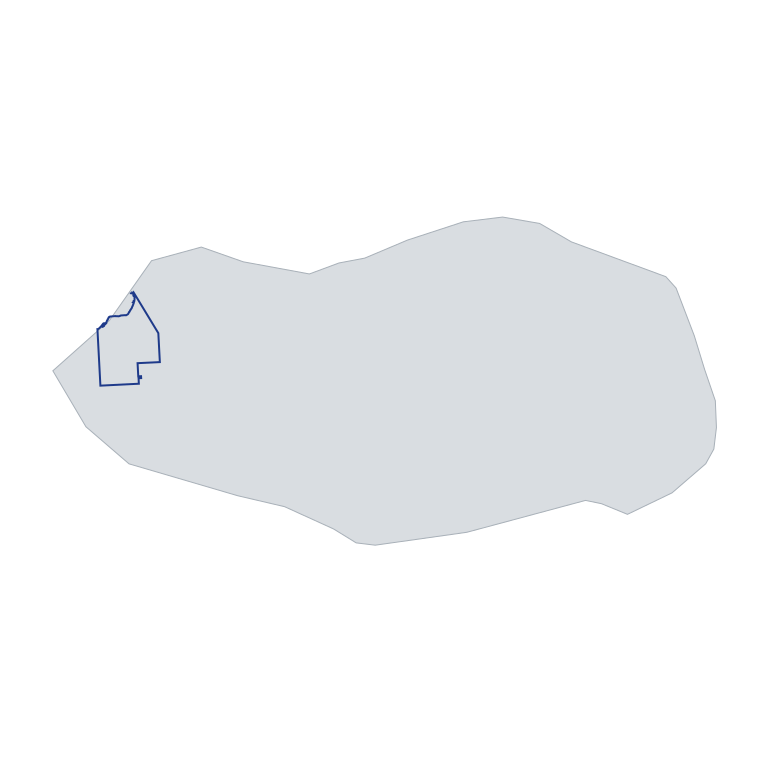 77, Madinat ach Shamal, Qatar shown in context, rotated 267°
{"feature_id": "91078587B75856753740390", "entity_name": "77", "entity_type": "district", "adm_level": 2, "iso_a3": "QAT", "parent_name": "Qatar", "parent_adm1": "Madinat ach Shamal", "projection": "albers", "projection_center": [51.407, 25.968], "detail": "fine", "context": "in_parent", "style": "outline", "palette": "blue", "viewbox_px": 768, "rotation_deg": 267, "n_neighbors": 0, "source": "geoboundaries", "source_scale": "gbopen_adm2", "svg_char_len": 3058}
<svg xmlns="http://www.w3.org/2000/svg" viewBox="0 0 768 768"><g transform="rotate(267 384 384)"><path d="M415.9,696.4L381.9,704.9L349.9,714.0L323.2,713.7L301.8,710.0L287.5,701.1L260.2,665.9L241.1,620.3L253.1,594.9L257.2,579.1L231.6,459.0L223.5,366.8L226.8,347.9L241.8,326.2L266.7,278.3L280.1,232.0L317.6,125.2L356.9,84.1L414.5,54.0L461.8,113.1L519.3,158.3L530.3,208.7L513.4,249.8L497.8,315.2L507.2,345.3L510.7,371.3L526.5,415.0L541.8,471.7L544.5,511.2L536.2,547.8L516.1,578.6L476.4,671.1L464.5,680.7L415.9,696.4Z" fill="#d9dde1" stroke="#a8b0b8" stroke-width="1"/><path d="M446.3,161.3L446.6,161.3L481.8,142.4L488.4,138.8L488.2,138.7L487.9,138.5L487.6,138.6L487.6,138.9L487.4,138.9L487.3,139.0L487.0,139.0L486.6,139.1L486.5,138.9L488.2,137.8L488.3,137.8L488.4,137.6L488.2,137.6L487.7,136.0L487.7,135.9L487.0,135.8L487.7,136.0L488.1,137.5L487.9,137.9L487.2,138.3L486.4,138.7L486.0,138.7L486.3,138.7L486.4,138.9L486.3,139.0L486.1,139.2L485.8,139.2L485.4,139.3L485.1,139.2L484.9,139.2L485.0,138.8L485.0,138.7L485.9,138.4L486.0,138.3L485.9,138.3L485.7,138.4L485.4,138.4L485.2,138.4L485.1,138.5L484.7,139.3L483.2,139.4L481.7,139.3L481.3,139.3L481.0,139.2L480.8,139.1L480.6,138.9L480.8,138.4L481.0,138.4L480.8,138.4L480.6,138.9L480.5,139.0L480.4,139.1L479.8,139.0L478.7,138.5L478.5,138.4L478.6,137.9L478.7,137.7L478.8,137.7L478.7,137.6L478.6,137.8L478.4,138.4L478.1,138.4L477.7,138.2L477.3,138.0L477.0,137.9L476.6,137.7L476.4,137.7L475.7,137.3L475.3,137.2L475.1,137.0L474.6,136.8L474.5,136.7L474.1,136.5L473.9,136.4L473.3,136.2L473.2,136.1L472.8,135.9L472.5,135.7L472.2,135.4L472.0,135.2L471.8,135.1L471.5,135.0L471.4,134.8L471.2,134.6L470.7,134.3L470.3,134.1L469.7,133.8L469.7,133.7L469.4,133.4L469.2,133.3L469.2,133.2L468.8,133.0L468.3,132.7L468.1,132.6L467.7,132.4L467.4,132.2L466.9,131.6L466.7,131.2L466.2,130.1L466.1,129.9L466.3,129.2L466.2,125.0L466.1,124.7L466.1,124.4L465.8,123.9L465.8,123.7L465.6,123.2L465.6,122.9L465.5,122.5L465.7,121.0L465.7,119.8L465.9,119.4L465.8,116.7L465.7,113.9L465.4,113.2L465.2,113.2L465.2,112.9L465.0,112.7L464.6,112.6L464.6,112.4L464.2,112.2L463.9,112.0L463.3,111.8L463.2,111.7L462.7,111.5L462.7,111.3L462.0,111.1L462.0,110.9L461.8,110.7L461.5,110.6L461.4,110.5L460.8,110.3L460.7,110.2L460.2,110.1L459.9,109.8L459.5,109.8L459.5,109.6L459.0,109.4L458.7,109.2L458.5,108.8L458.2,108.7L458.1,108.3L457.5,107.8L457.5,107.5L457.3,107.5L457.1,107.4L456.9,107.3L456.9,107.1L456.8,106.8L456.2,106.7L456.0,106.4L455.8,106.0L455.8,105.8L456.0,105.7L456.3,105.6L456.4,106.4L456.7,106.1L456.6,105.6L457.0,106.3L457.4,106.5L457.6,106.7L457.7,106.8L458.2,107.1L458.8,106.9L459.0,107.4L459.0,107.6L459.1,107.8L459.3,107.8L459.3,107.4L459.2,107.3L459.1,106.9L458.6,106.4L458.1,106.0L457.3,105.3L457.0,105.1L456.7,104.8L456.3,104.4L456.0,104.1L455.7,103.7L455.3,103.4L454.8,102.8L454.6,102.6L454.2,102.0L454.0,101.7L453.8,101.4L453.7,101.0L453.8,100.8L453.8,100.7L397.2,100.7L397.1,139.2L402.6,139.2L402.6,141.8L404.5,141.8L404.5,139.0L417.7,139.0L417.6,161.3L433.3,161.3L446.3,161.3Z" fill="none" stroke="#1e3a8a" stroke-width="2"/></g></svg>